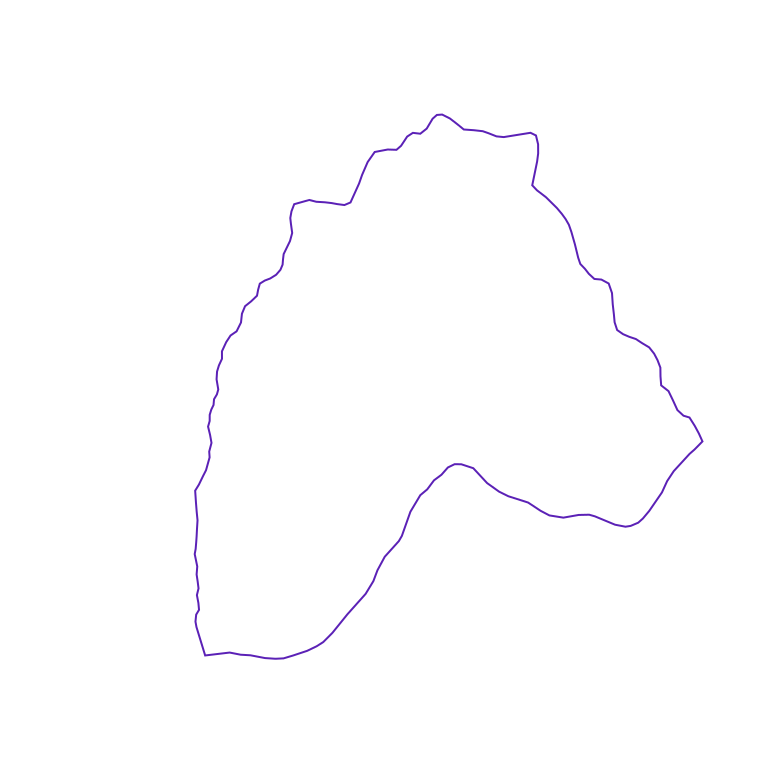 outline of Euclides da Cunha Paulista, São Paulo, Brazil, rotated 337°
{"feature_id": "56859067B14841282589371", "entity_name": "Euclides da Cunha Paulista", "entity_type": "district", "adm_level": 2, "iso_a3": "BRA", "parent_name": "Brazil", "parent_adm1": "São Paulo", "projection": "albers", "projection_center": [-52.588, -22.511], "detail": "fine", "context": "isolated", "style": "outline", "palette": "violet", "viewbox_px": 768, "rotation_deg": 337, "n_neighbors": 0, "source": "geoboundaries", "source_scale": "gbopen_adm2", "svg_char_len": 2398}
<svg xmlns="http://www.w3.org/2000/svg" viewBox="0 0 768 768"><g transform="rotate(337 384 384)"><path d="M654.7,561.3L654.5,552.6L653.7,544.0L652.1,534.2L647.3,530.2L643.9,522.7L643.6,511.8L643.1,501.7L638.6,493.6L641.5,485.0L644.8,476.9L645.1,468.9L644.5,461.6L642.4,453.9L637.6,447.3L633.4,441.0L628.2,436.4L623.5,431.5L619.7,425.4L620.4,417.3L622.8,409.8L625.7,400.0L629.4,389.4L630.1,379.3L624.9,372.8L618.7,369.5L615.6,362.6L614.0,356.6L611.6,350.2L612.1,343.6L614.3,330.1L615.9,317.3L616.4,309.7L615.6,303.1L614.2,297.0L611.9,289.5L606.1,275.4L600.5,265.5L598.1,259.0L603.7,250.9L611.9,239.0L616.0,232.0L619.5,223.6L621.0,214.6L617.0,210.0L590.7,203.5L584.3,200.0L578.1,193.9L573.7,189.9L565.9,185.5L556.9,180.9L553.1,173.7L548.4,165.3L542.8,158.7L537.8,157.0L532.4,158.8L523.1,165.6L515.2,167.8L508.7,164.1L502.0,165.3L492.8,171.4L487.0,173.3L479.0,169.6L466.1,166.8L455.7,173.3L445.6,182.9L439.4,189.7L424.1,203.8L417.5,203.8L411.2,200.1L406.5,197.0L400.7,193.7L392.9,189.8L387.1,185.4L371.6,183.4L366.3,188.9L362.6,194.6L361.0,199.9L358.5,209.1L353.3,215.7L342.4,225.2L339.7,229.9L337.3,234.5L333.3,238.4L327.4,241.3L320.5,242.4L314.7,242.2L308.9,243.1L305.0,248.0L301.6,253.1L294.0,256.0L286.5,258.1L280.7,263.8L276.4,271.5L268.9,277.9L261.7,279.4L255.1,283.8L247.6,290.6L244.7,297.5L239.3,302.4L235.2,307.3L231.7,314.3L229.3,324.3L226.1,328.3L221.6,331.6L218.9,336.7L215.0,340.1L211.5,344.3L209.1,349.9L205.4,354.5L204.0,362.9L202.2,370.8L196.7,377.9L194.8,383.4L186.5,393.8L181.5,398.0L174.3,404.3L168.5,408.4L164.5,419.9L161.6,428.6L159.1,436.6L155.2,444.4L151.8,451.4L149.3,456.3L146.2,462.2L143.3,466.6L140.8,479.0L137.1,486.1L135.2,493.4L133.4,499.7L129.3,505.2L127.6,513.0L125.5,519.6L121.0,522.9L117.6,529.1L116.4,534.5L113.3,564.0L137.0,570.9L146.3,577.2L155.0,581.5L167.4,589.8L176.7,594.5L184.3,597.3L194.2,598.4L209.0,599.6L219.5,599.1L227.3,597.8L239.3,592.9L260.3,581.7L285.1,570.0L297.2,561.3L305.2,552.9L317.2,543.3L336.3,534.4L341.1,530.8L358.4,511.9L374.0,500.5L382.6,497.9L392.4,492.2L401.4,490.0L410.2,485.8L417.7,485.4L423.8,488.1L433.3,496.4L440.2,515.5L447.9,528.1L454.6,535.9L470.3,549.4L478.6,561.9L484.9,569.6L496.9,577.1L512.0,580.6L521.8,584.5L526.4,588.2L541.7,603.8L550.5,609.7L555.6,611.0L563.8,611.0L569.7,609.0L578.5,604.5L597.5,592.4L606.7,584.0L616.7,577.4L638.0,567.7L644.1,565.7L654.7,561.3Z" fill="none" stroke="#5b21b6" stroke-width="2"/></g></svg>